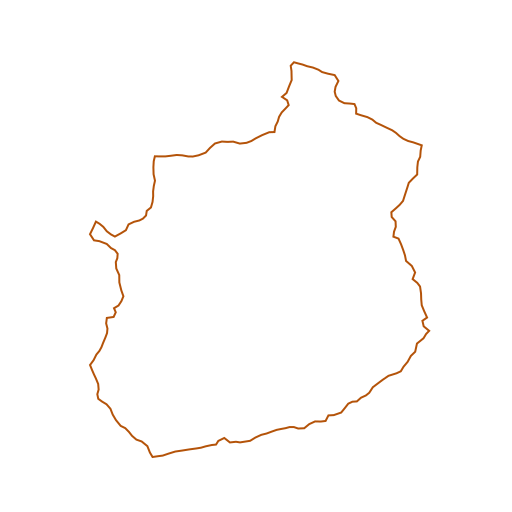 Morro do Pilar, Minas Gerais, Brazil (orthographic projection), rotated 346°
{"feature_id": "56859067B30206085478303", "entity_name": "Morro do Pilar", "entity_type": "district", "adm_level": 2, "iso_a3": "BRA", "parent_name": "Brazil", "parent_adm1": "Minas Gerais", "projection": "orthographic", "projection_center": [-43.405, -19.218], "detail": "fine", "context": "isolated", "style": "outline", "palette": "amber", "viewbox_px": 512, "rotation_deg": 346, "n_neighbors": 0, "source": "geoboundaries", "source_scale": "gbopen_adm2", "svg_char_len": 2956}
<svg xmlns="http://www.w3.org/2000/svg" viewBox="0 0 512 512"><g transform="rotate(346 256 256)"><path d="M109.0,183.9L104.5,189.6L100.2,194.7L102.6,201.6L107.6,203.7L114.1,208.2L117.2,213.2L120.5,216.2L122.3,220.4L120.9,224.6L118.5,228.0L117.4,234.3L118.7,241.4L117.0,248.6L117.0,256.7L117.6,263.0L114.5,267.2L110.6,270.8L105.6,272.3L106.3,276.7L103.1,280.7L96.3,280.0L94.3,285.1L94.3,290.5L92.8,294.8L90.1,298.7L86.5,303.5L83.9,307.2L81.0,310.3L77.3,313.0L73.2,317.8L68.6,321.6L69.3,326.7L70.1,331.5L71.0,336.0L71.9,342.0L71.0,347.5L68.6,351.7L68.4,356.4L71.4,360.0L75.1,363.7L77.8,369.0L78.6,375.2L80.4,381.3L83.6,388.1L87.5,391.4L90.2,396.0L92.2,400.5L95.5,405.2L100.2,408.3L104.6,414.2L105.5,421.0L107.0,426.0L113.0,426.6L117.2,427.1L123.2,426.6L130.4,426.2L137.2,426.9L144.3,427.5L151.5,428.3L156.3,428.7L161.1,428.5L167.4,428.7L171.6,429.3L174.7,426.3L181.2,424.9L185.6,430.6L191.6,431.4L195.4,433.0L200.0,433.4L205.6,433.9L211.5,432.0L217.9,430.8L223.3,430.8L228.7,430.2L234.0,429.7L238.4,429.9L243.1,430.2L247.3,430.1L251.3,431.1L255.2,433.6L261.1,434.8L267.0,432.0L273.3,430.8L278.8,432.3L283.6,432.9L287.7,428.2L293.0,429.2L300.8,428.5L305.2,425.2L309.8,421.6L314.3,420.7L318.7,421.5L323.6,418.9L328.9,417.9L332.8,416.1L337.6,411.6L343.7,409.0L348.9,406.8L355.6,404.3L364.0,403.8L368.6,402.9L372.4,399.1L377.5,395.4L382.1,390.4L387.3,387.4L391.0,379.9L398.7,376.3L402.2,372.8L405.9,370.5L401.7,364.8L401.8,359.1L407.1,357.1L405.8,350.0L404.9,343.9L405.8,338.2L407.1,332.1L407.8,325.3L406.0,321.1L402.4,316.3L406.4,310.5L404.8,303.4L400.4,297.1L400.7,291.4L400.3,286.0L399.6,279.7L398.5,273.6L394.0,270.5L395.8,265.8L398.7,261.5L399.8,256.1L397.1,251.0L397.9,246.3L403.4,243.5L407.8,241.1L412.0,238.1L415.2,232.9L419.2,226.5L422.0,221.9L427.0,218.8L432.1,215.9L434.0,208.9L436.0,203.5L439.3,199.5L441.3,193.5L443.6,188.7L436.1,183.8L431.4,181.2L427.3,177.9L424.3,174.4L421.6,170.4L418.5,166.9L413.8,163.1L409.0,159.1L404.8,155.8L401.9,151.8L397.7,148.2L391.7,144.7L387.6,142.1L389.0,136.9L388.3,132.4L384.3,130.9L378.7,129.1L374.1,125.2L372.1,120.0L372.1,115.6L374.1,111.1L378.3,106.1L376.1,99.5L369.9,96.5L364.6,93.5L361.7,90.4L356.8,86.9L351.5,84.2L347.5,81.5L343.4,79.3L339.7,77.2L335.7,79.8L335.2,85.0L334.2,89.4L333.2,93.9L329.2,99.3L325.1,105.2L319.7,107.9L323.9,112.5L324.2,117.5L319.7,120.4L315.7,122.9L312.1,126.5L309.6,130.8L306.2,134.8L303.9,140.2L298.8,139.1L291.2,140.2L284.1,141.8L279.3,143.3L274.2,143.9L267.5,143.0L261.5,139.5L256.0,138.4L250.6,136.7L243.4,136.9L237.5,140.0L232.2,143.5L224.6,144.4L218.8,144.2L214.3,143.0L208.8,140.5L203.5,138.8L197.3,138.1L191.9,137.4L187.1,136.2L182.0,134.8L179.7,139.3L177.9,145.1L176.4,151.9L176.2,158.5L173.8,163.3L171.8,168.4L170.7,173.1L168.7,178.5L165.8,183.5L160.9,185.8L159.1,190.1L155.3,192.4L151.4,193.3L146.0,193.3L140.0,194.5L136.0,199.5L130.3,201.3L123.8,203.0L120.5,200.0L117.2,195.9L114.9,190.8L112.0,186.9L109.0,183.9Z" fill="none" stroke="#b45309" stroke-width="2"/></g></svg>